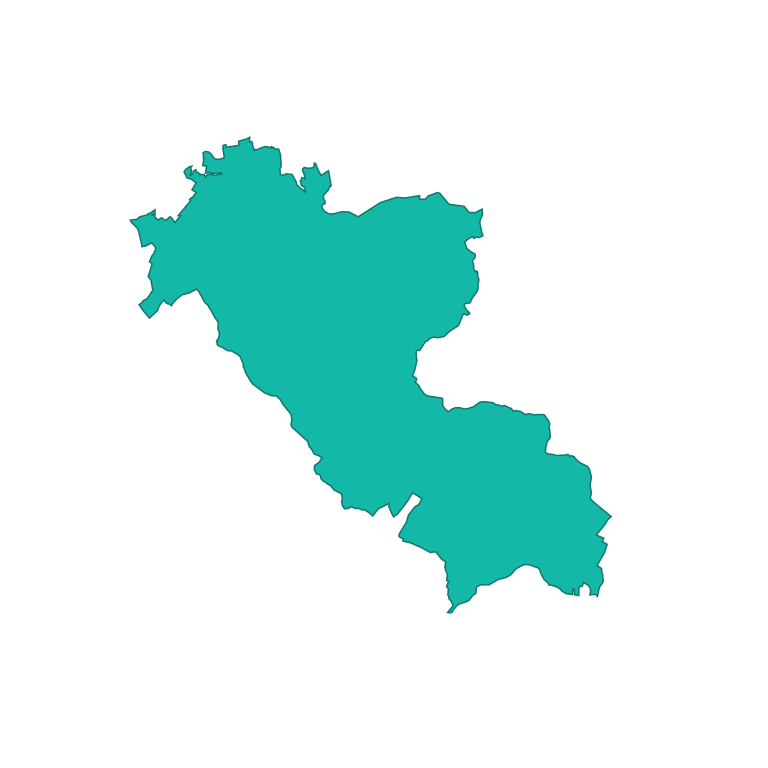 Lechinta, Bistrita-Nasaud, Romania (Mercator projection), rotated 330°
{"feature_id": "2599482B84958268498590", "entity_name": "Lechinta", "entity_type": "district", "adm_level": 2, "iso_a3": "ROU", "parent_name": "Romania", "parent_adm1": "Bistrita-Nasaud", "projection": "mercator", "projection_center": [24.317, 47.004], "detail": "fine", "context": "isolated", "style": "filled", "palette": "teal", "viewbox_px": 768, "rotation_deg": 330, "n_neighbors": 0, "source": "geoboundaries", "source_scale": "gbopen_adm2", "svg_char_len": 6159}
<svg xmlns="http://www.w3.org/2000/svg" viewBox="0 0 768 768"><g transform="rotate(330 384 384)"><path d="M514.5,612.4L506.1,590.1L505.5,586.1L508.9,582.3L512.2,574.2L517.2,568.3L519.2,560.8L519.0,557.1L514.5,550.5L512.3,544.1L512.4,542.1L510.4,539.7L508.8,539.6L508.2,536.9L506.3,536.6L497.4,532.1L495.9,530.2L491.3,526.6L489.6,524.4L490.8,521.9L496.0,515.9L501.6,513.1L504.9,505.7L505.0,504.4L507.6,501.5L508.1,496.6L507.3,493.6L507.8,493.0L507.5,491.4L507.0,490.4L501.4,487.0L499.1,486.4L495.8,483.0L493.2,481.6L491.4,481.6L488.7,476.3L485.0,473.0L482.3,472.4L482.1,468.8L480.3,466.9L478.1,463.3L474.3,461.6L473.2,459.9L470.3,457.8L469.5,455.3L468.5,454.3L461.8,449.3L458.4,447.7L450.4,448.5L443.8,447.1L441.1,445.8L437.5,442.2L433.5,440.1L429.7,439.7L426.6,440.4L425.7,439.6L424.4,436.5L424.0,432.2L427.6,425.7L416.2,416.4L414.7,414.5L414.0,412.9L413.2,406.6L413.4,402.5L411.9,398.1L414.5,396.6L414.7,394.6L412.6,391.1L417.1,387.9L424.3,380.1L425.7,376.1L428.5,371.5L430.0,371.5L431.6,372.9L441.5,367.8L443.0,368.3L446.5,367.6L450.7,368.2L453.7,370.8L459.7,372.9L467.0,371.2L477.8,370.6L487.8,362.8L490.5,365.9L493.1,366.1L493.7,365.3L492.6,361.4L492.4,357.2L493.5,354.7L499.2,356.7L502.9,354.0L511.0,350.4L513.4,348.1L514.9,345.2L518.3,341.2L519.4,336.4L520.5,335.2L521.0,333.4L519.7,333.0L520.1,331.9L519.3,331.6L519.0,329.3L520.8,326.7L522.3,321.0L525.6,320.4L527.3,318.5L527.7,317.0L525.2,312.6L523.5,308.0L524.8,301.2L531.4,300.3L534.8,300.8L534.6,302.8L537.2,303.0L539.7,304.7L543.8,305.1L544.5,301.4L547.7,292.0L549.7,289.8L554.0,286.7L556.4,281.6L548.8,281.3L543.5,278.0L542.2,270.2L530.1,260.8L527.7,246.8L526.3,245.0L516.5,243.3L512.0,244.6L507.2,241.8L509.0,238.7L495.4,233.5L488.0,228.5L471.4,225.1L445.3,226.3L439.7,217.5L433.5,213.7L426.8,211.9L421.6,209.4L418.8,204.7L418.4,200.8L419.4,198.2L423.3,198.2L424.4,195.7L424.2,193.8L425.7,190.4L432.7,188.3L434.9,186.3L437.3,186.0L442.6,171.5L433.8,171.9L433.9,166.2L435.0,158.8L434.0,157.9L432.0,160.9L429.6,160.8L425.9,159.1L423.2,156.6L421.3,156.9L420.2,158.6L419.7,162.7L418.3,166.7L416.0,164.2L413.5,166.6L413.1,166.3L411.8,170.0L411.9,171.1L413.3,173.7L413.3,175.1L412.0,178.2L411.2,177.9L411.0,175.2L409.6,173.1L408.1,167.7L409.0,165.2L409.2,156.6L404.3,153.1L399.9,152.5L399.2,150.0L401.9,145.0L403.0,145.0L404.8,142.3L409.2,133.0L410.2,127.7L407.1,126.4L407.1,124.9L405.2,122.1L404.7,122.1L404.7,123.1L403.4,122.6L402.0,120.4L399.2,118.7L391.0,117.5L389.2,116.2L388.5,116.7L389.6,111.0L390.5,110.0L389.7,108.4L390.6,108.0L388.7,106.9L391.0,103.1L387.3,103.1L379.5,101.0L377.6,104.8L365.7,100.0L366.8,97.7L363.9,96.9L362.7,99.5L362.3,99.4L359.1,107.7L357.0,107.9L352.9,106.8L350.2,104.6L349.4,102.6L349.7,101.4L348.9,97.1L347.9,95.1L345.7,93.3L343.0,93.3L339.9,99.8L336.2,104.2L339.3,106.6L334.8,112.1L338.7,113.7L341.5,116.4L348.0,119.3L348.9,120.2L348.0,121.4L347.5,120.4L341.4,118.8L341.0,117.8L337.5,115.0L335.3,114.5L332.9,115.7L333.1,112.7L331.4,112.1L330.3,110.9L329.7,111.2L329.1,110.7L329.3,109.8L328.7,107.9L327.4,106.5L328.2,104.4L325.4,104.2L324.3,105.7L320.6,106.9L320.4,105.8L321.8,105.3L323.7,103.3L324.7,100.0L326.3,99.3L323.9,98.6L319.9,99.0L317.0,100.2L316.4,107.0L319.3,109.9L321.9,115.8L314.8,119.8L317.2,124.3L310.6,127.0L310.2,126.4L307.7,127.1L308.4,128.5L290.0,135.3L292.0,136.4L283.5,139.7L283.3,135.0L282.3,132.1L276.6,133.3L274.4,128.8L270.9,129.1L270.1,128.2L269.0,124.8L270.0,123.3L267.6,121.7L267.7,121.2L270.8,122.0L272.8,118.6L266.4,119.2L265.2,118.5L263.6,119.2L256.2,117.1L252.2,117.8L246.2,115.2L246.1,117.9L248.2,125.5L247.9,128.9L244.1,141.5L242.9,143.9L246.1,145.2L253.6,145.7L254.4,151.6L252.6,154.4L251.6,154.2L250.4,155.6L246.7,157.2L242.0,160.9L243.4,163.9L233.4,173.2L234.2,177.6L231.2,185.5L231.7,185.8L230.6,187.1L221.9,191.6L216.8,191.5L214.9,192.6L211.6,192.8L212.2,200.5L213.8,209.6L224.3,207.4L228.4,204.0L234.4,201.3L235.7,201.8L235.4,202.6L236.2,205.7L238.3,207.9L239.1,209.9L240.8,208.7L247.5,206.6L253.7,205.8L261.0,207.8L269.2,208.1L270.1,212.2L269.6,214.0L269.9,216.8L269.5,222.9L271.1,228.9L270.7,230.0L271.0,232.7L270.7,242.1L271.3,246.4L270.7,249.1L267.9,252.8L266.6,258.5L263.5,261.6L260.3,263.2L260.5,264.0L259.3,266.1L259.7,268.3L261.7,270.6L265.0,276.4L266.3,277.9L267.9,278.2L272.3,285.7L273.1,288.3L272.3,295.2L271.6,297.7L270.8,298.3L270.8,301.0L269.8,305.2L269.8,313.9L270.3,318.4L276.1,331.9L281.0,338.2L284.7,340.3L286.4,345.5L286.3,350.9L288.3,363.6L286.4,368.9L283.2,372.6L282.7,375.4L289.2,395.4L287.9,401.2L288.7,404.2L288.5,409.7L291.7,413.6L293.4,416.7L288.8,419.4L283.0,419.9L280.7,423.8L280.6,428.2L282.7,430.0L283.1,431.9L282.1,434.8L282.7,437.6L284.2,439.6L285.2,442.8L286.9,445.1L287.7,450.5L292.3,458.1L290.3,463.3L288.5,464.3L287.2,468.6L287.4,472.3L291.2,474.0L294.0,473.6L297.0,477.6L299.7,478.8L301.8,481.8L304.3,483.3L306.6,487.7L308.3,492.6L316.9,489.2L328.7,490.0L326.8,492.9L325.9,500.6L325.9,503.9L330.4,503.4L339.4,499.9L346.1,497.1L354.3,492.5L359.6,502.2L354.3,505.6L348.6,506.0L339.3,510.0L334.4,514.8L321.9,521.7L321.0,523.0L320.8,524.0L323.1,527.6L321.9,529.5L327.6,534.9L334.3,544.0L339.9,553.1L343.7,554.6L345.0,555.7L346.2,564.3L348.5,569.0L344.8,573.4L345.4,573.8L344.1,576.1L343.6,580.8L340.0,585.4L341.4,586.9L336.8,590.8L337.4,593.7L335.4,596.0L335.4,596.9L333.8,598.4L334.0,600.7L332.9,602.1L333.6,605.7L332.9,610.6L324.9,613.6L326.4,615.1L329.0,615.7L331.3,614.1L336.6,612.3L339.3,612.2L347.2,613.9L349.6,613.8L355.8,611.3L358.8,611.2L362.2,606.5L363.3,605.9L367.3,606.3L374.6,610.4L384.9,610.4L393.3,612.6L398.4,612.6L405.9,610.1L412.6,610.2L415.8,610.8L419.6,613.3L425.6,620.5L425.9,622.2L425.0,627.6L424.9,633.4L426.6,638.5L426.2,640.4L428.7,642.1L431.7,645.8L432.8,646.2L432.7,647.1L434.0,649.4L434.6,652.4L436.9,656.6L441.8,660.4L444.8,656.0L446.1,657.0L443.4,661.7L447.0,664.6L450.7,658.0L452.4,657.4L454.5,658.3L457.6,655.8L460.3,660.6L460.4,663.9L459.2,667.0L456.8,669.6L461.2,671.4L462.2,672.7L462.6,674.7L468.9,667.8L474.4,665.2L475.8,663.8L476.9,660.4L477.9,659.0L478.4,656.2L479.9,653.3L480.0,652.2L477.8,647.8L490.8,640.1L497.1,634.4L494.2,629.7L497.2,627.4L492.3,621.0L504.4,616.4L510.2,613.3L514.5,612.4Z" fill="#14b8a6" stroke="#0f766e" stroke-width="1.5"/></g></svg>